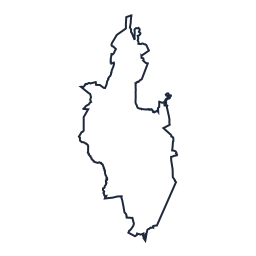 outline of Malinalco, México, Mexico
{"feature_id": "50627088B13074792660902", "entity_name": "Malinalco", "entity_type": "district", "adm_level": 2, "iso_a3": "MEX", "parent_name": "Mexico", "parent_adm1": "México", "projection": "albers", "projection_center": [-99.486, 18.894], "detail": "fine", "context": "isolated", "style": "outline", "palette": "slate", "viewbox_px": 256, "rotation_deg": 0, "n_neighbors": 0, "source": "geoboundaries", "source_scale": "gbopen_adm2", "svg_char_len": 5762}
<svg xmlns="http://www.w3.org/2000/svg" viewBox="0 0 256 256"><path d="M131.4,15.4L130.9,15.4L130.6,15.6L130.5,15.9L130.0,15.9L126.3,17.1L125.9,23.9L125.9,28.5L116.8,34.9L111.7,43.5L111.5,45.3L112.2,46.2L113.5,46.6L113.7,47.0L115.9,49.0L115.5,49.9L114.9,50.7L114.8,51.0L114.3,52.1L114.2,52.7L113.2,53.9L112.8,54.3L112.7,54.2L112.5,54.3L112.3,54.2L111.9,54.3L111.5,54.1L111.2,55.9L111.2,56.7L111.1,57.1L110.8,58.2L110.7,59.6L110.8,59.7L110.6,60.1L110.9,61.1L110.7,61.5L110.9,61.8L110.7,62.6L111.0,62.7L111.3,63.6L113.8,62.6L114.1,63.7L113.4,66.4L111.6,70.9L111.6,72.1L111.1,72.5L111.1,73.9L110.3,75.9L109.1,77.0L108.8,77.7L108.1,78.5L108.4,79.2L107.1,81.4L106.7,84.1L105.1,88.0L103.8,87.9L99.8,85.0L96.1,84.9L95.7,82.1L92.6,82.9L91.5,83.1L90.4,83.5L89.5,83.0L89.0,83.0L88.4,83.1L87.3,84.0L86.5,84.2L86.1,84.2L85.8,83.9L85.5,84.0L85.0,84.7L84.8,85.1L84.9,85.3L84.7,85.6L83.0,87.4L82.8,87.4L82.6,87.1L82.6,86.9L82.3,86.8L81.9,86.9L81.8,86.7L80.9,86.8L88.5,93.0L90.1,93.9L91.0,97.0L90.2,99.9L91.1,102.0L89.8,102.8L88.9,104.3L86.8,105.5L85.4,106.5L84.6,108.1L84.3,108.4L83.6,108.4L83.4,108.6L83.4,108.9L84.1,109.0L88.2,109.3L83.7,117.1L83.7,130.6L82.6,131.8L81.6,132.1L78.9,136.7L79.9,137.5L79.9,139.6L80.1,140.7L80.3,140.9L82.0,142.2L82.4,142.1L83.2,142.3L84.4,142.5L85.4,143.4L85.9,143.4L86.4,143.8L86.6,144.2L87.1,144.3L88.0,145.4L88.1,145.9L88.0,146.1L88.2,146.7L88.2,147.7L88.1,148.3L88.1,151.3L87.8,152.6L88.3,153.4L88.5,153.4L88.5,153.8L88.9,153.9L89.1,154.5L89.2,155.2L89.6,155.4L90.0,156.2L90.6,156.4L90.7,157.1L91.6,158.3L91.5,158.7L91.7,158.8L92.0,159.4L92.5,160.0L93.6,160.7L93.7,161.3L94.0,161.3L94.4,161.9L97.8,162.9L98.6,162.5L99.6,162.4L100.2,162.9L100.6,162.8L101.1,162.9L101.2,163.5L101.9,164.1L102.1,164.0L102.3,164.1L102.7,164.6L103.1,166.0L103.7,167.2L103.7,168.1L104.1,168.3L104.2,169.1L104.6,169.8L104.4,170.4L104.6,170.7L104.9,170.8L105.0,172.9L105.4,174.6L105.7,175.5L106.1,175.9L106.3,176.4L106.4,177.2L106.9,177.7L107.1,178.0L107.1,178.3L106.6,178.4L106.5,178.5L106.5,178.8L106.8,179.0L107.2,179.4L107.1,179.8L106.2,180.0L106.0,180.3L106.2,180.6L106.1,180.9L105.9,181.3L105.9,181.8L106.1,182.5L106.4,182.6L106.5,182.9L106.1,183.3L106.0,183.7L106.0,184.3L105.6,185.1L104.8,186.0L104.6,186.6L104.6,187.3L104.4,187.7L103.9,188.1L103.0,188.4L103.0,189.9L103.2,190.5L104.2,191.4L104.0,192.2L103.5,192.8L103.4,193.1L104.0,193.8L104.2,194.3L104.2,195.2L104.7,195.9L105.6,196.2L106.0,196.1L105.8,196.4L105.9,196.5L105.2,197.2L104.8,198.5L112.9,197.6L117.3,196.5L121.3,196.3L121.7,196.4L121.3,197.4L122.3,200.5L123.6,207.3L124.5,212.5L125.7,213.5L126.3,214.7L126.4,216.2L126.7,216.3L126.7,217.6L132.4,217.9L133.4,222.0L133.8,222.8L133.8,224.0L133.3,225.8L131.5,228.5L130.0,230.3L129.2,230.7L128.4,232.7L135.0,236.2L137.0,234.8L137.0,234.3L137.2,234.2L137.2,233.6L140.6,234.6L140.9,234.4L142.2,234.1L143.3,233.6L143.0,235.6L143.2,236.2L144.2,237.0L143.6,237.7L143.5,238.0L145.3,240.6L146.2,235.5L145.7,235.7L145.8,236.4L145.6,235.9L145.3,235.6L145.2,234.8L145.6,234.7L145.5,234.4L145.7,234.1L146.3,234.3L147.4,229.8L148.3,229.1L149.3,228.8L149.7,228.3L150.7,227.6L151.6,227.8L152.6,227.4L153.3,227.7L153.3,227.0L153.1,226.2L154.5,225.7L156.9,225.5L176.0,182.1L174.9,180.9L175.0,180.4L172.8,177.1L172.6,169.3L171.2,160.2L171.1,156.8L172.4,156.6L174.3,155.8L176.3,155.5L176.8,155.3L177.1,154.8L177.0,154.5L176.8,154.1L176.0,153.5L176.4,152.6L175.8,151.6L174.5,150.8L172.1,150.4L172.5,147.7L173.0,141.4L173.4,141.0L173.3,140.7L173.4,139.1L173.2,137.5L171.3,136.4L171.4,135.7L171.0,134.9L163.4,128.1L169.7,124.8L169.3,121.9L169.5,120.0L169.0,116.7L166.8,106.9L167.3,105.7L167.1,105.6L167.0,105.4L166.7,105.4L166.5,105.2L165.8,105.3L165.2,105.2L165.2,105.5L164.6,105.4L164.7,105.1L164.4,104.3L164.4,104.0L164.4,103.7L164.7,103.8L165.3,103.7L165.5,103.9L165.9,103.7L166.1,103.5L166.1,102.7L165.9,102.4L166.1,102.1L166.0,101.6L165.8,101.4L165.5,101.4L167.1,99.2L167.9,98.6L168.7,98.7L168.9,98.2L169.7,98.1L169.9,97.6L169.3,97.3L169.2,97.2L169.4,97.0L169.5,97.1L169.6,96.6L169.8,96.2L170.4,95.9L170.9,95.8L170.8,95.3L170.3,95.3L169.8,95.7L169.2,95.9L168.8,94.3L168.2,93.4L167.2,93.4L165.8,94.6L166.3,95.5L167.1,95.6L167.4,95.8L167.5,96.6L168.1,97.0L168.3,97.3L168.3,97.8L167.7,98.0L167.0,98.5L166.6,98.6L165.8,99.2L165.5,99.9L165.5,100.3L165.2,101.1L164.9,101.0L164.3,101.8L163.3,102.5L162.4,102.8L161.1,102.4L159.3,101.7L159.2,101.7L159.2,106.9L158.0,108.1L158.2,111.9L157.7,111.2L157.4,110.6L157.2,110.5L155.7,111.7L154.5,112.2L154.4,111.8L154.1,111.6L153.2,112.1L152.8,111.7L152.7,110.5L152.2,110.2L151.7,109.3L151.1,109.1L150.2,109.5L149.9,109.5L149.8,109.9L149.0,109.7L149.4,109.3L148.8,109.1L147.3,109.2L146.7,109.5L146.1,109.5L143.1,109.2L142.7,109.1L142.3,109.1L141.7,109.3L141.4,109.1L141.2,108.7L139.7,108.6L138.0,108.0L137.6,107.6L137.3,107.1L136.8,105.5L135.9,103.8L135.5,102.5L135.7,96.5L135.6,92.0L135.8,89.8L135.6,87.4L135.7,85.2L135.5,84.7L135.7,83.9L135.6,83.7L136.0,83.2L135.9,83.1L136.2,83.0L136.3,82.5L136.7,82.3L137.0,82.3L137.2,82.0L137.6,81.9L137.8,81.7L138.5,81.9L139.8,80.4L141.8,79.2L147.8,63.4L145.7,62.9L143.4,60.8L143.7,60.7L143.3,58.3L141.5,57.9L141.4,55.6L141.5,55.7L148.9,50.6L146.3,45.0L145.9,44.8L145.4,44.4L144.3,44.3L143.7,43.9L142.5,43.5L142.3,43.5L141.6,43.7L141.2,44.0L140.6,44.1L138.4,43.8L138.6,42.4L138.2,41.2L137.7,40.5L138.3,38.5L137.7,35.8L138.9,35.5L139.3,35.2L139.7,34.7L140.2,34.2L140.4,33.5L140.4,33.1L139.8,32.5L139.4,32.4L139.3,32.1L138.9,31.8L139.3,31.2L139.4,30.4L139.7,29.7L139.7,29.4L139.3,28.7L138.5,27.9L138.0,28.2L137.7,28.2L137.3,28.3L136.1,28.1L134.7,29.3L134.5,29.7L134.6,31.1L134.8,32.1L134.6,33.5L134.7,34.8L134.5,35.7L134.5,37.2L134.8,38.8L134.7,39.0L134.3,39.1L131.7,32.7L131.0,32.0L131.1,29.5L129.9,27.5L130.7,23.0L130.9,19.3L131.4,15.4Z" fill="none" stroke="#1e293b" stroke-width="2"/></svg>